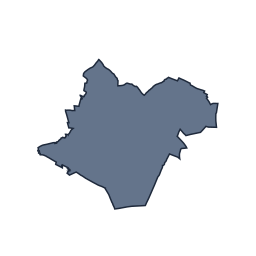 the district of Balcauti, Suceava, Romania, rotated 233°
{"feature_id": "2599482B55128910664602", "entity_name": "Balcauti", "entity_type": "district", "adm_level": 2, "iso_a3": "ROU", "parent_name": "Romania", "parent_adm1": "Suceava", "projection": "natural_earth1", "projection_center": [26.076, 47.898], "detail": "fine", "context": "isolated", "style": "filled", "palette": "slate", "viewbox_px": 256, "rotation_deg": 233, "n_neighbors": 0, "source": "geoboundaries", "source_scale": "gbopen_adm2", "svg_char_len": 5541}
<svg xmlns="http://www.w3.org/2000/svg" viewBox="0 0 256 256"><g transform="rotate(233 128 128)"><path d="M104.7,210.1L105.2,210.1L106.1,209.7L107.0,211.4L109.4,210.3L110.7,209.8L111.4,211.4L113.0,210.5L114.7,209.2L118.1,206.8L119.8,206.0L123.0,204.7L123.8,204.3L124.8,203.8L126.0,204.3L126.7,204.5L126.9,204.2L130.8,202.3L132.8,201.3L134.7,200.2L137.3,198.8L136.3,196.7L136.0,196.1L135.9,195.9L140.6,192.9L144.1,190.8L144.0,190.0L144.2,189.0L144.0,188.5L143.9,188.1L144.2,187.7L144.3,187.3L144.5,186.7L144.3,185.5L143.8,185.1L143.8,184.7L143.9,184.3L144.0,183.5L144.0,182.1L144.5,181.0L144.9,179.6L145.2,178.5L145.4,177.7L145.7,177.2L145.8,176.6L145.9,176.1L145.9,175.7L145.9,175.3L146.0,174.9L145.9,174.2L146.0,173.5L146.0,173.1L145.8,172.8L145.6,172.0L145.5,170.7L145.5,169.9L145.4,169.0L145.3,168.7L145.5,167.9L145.2,166.1L145.1,165.2L145.1,163.9L144.6,162.3L144.4,160.7L145.2,160.4L147.0,160.0L148.4,159.9L149.8,160.0L151.6,160.1L152.5,160.0L153.4,160.1L155.5,160.0L156.2,159.8L156.5,159.5L156.8,158.7L157.2,158.5L158.6,158.0L159.8,157.6L160.6,157.6L160.8,157.4L161.2,156.9L161.9,156.1L164.0,154.6L164.4,154.2L164.6,153.7L164.7,153.3L164.7,152.6L164.7,151.7L164.8,150.7L165.0,150.1L165.2,149.5L166.1,147.9L167.8,145.3L168.9,146.1L171.8,148.5L172.3,148.5L173.0,148.6L173.8,149.0L174.3,149.2L175.0,149.1L175.4,149.0L175.9,148.9L176.6,148.9L178.8,149.1L179.4,149.2L179.9,149.1L180.7,148.7L181.4,148.5L182.3,148.4L183.0,148.4L183.5,148.3L184.0,148.3L184.9,148.1L185.6,148.0L186.7,147.6L187.1,147.5L187.8,147.0L188.3,146.9L189.9,146.3L191.5,146.0L192.0,145.9L192.4,146.0L193.9,146.3L194.7,146.3L196.4,146.4L196.9,146.3L199.8,146.0L200.3,145.9L200.3,145.7L199.7,144.3L199.2,141.8L198.3,138.9L198.0,136.9L198.0,136.1L198.2,135.5L198.6,133.7L198.8,131.0L198.8,128.7L198.8,127.5L198.5,126.2L198.2,125.3L197.2,124.3L196.5,123.6L192.4,124.7L190.9,124.6L190.6,124.6L190.0,123.4L189.4,122.8L188.9,122.4L188.8,122.2L188.8,121.9L189.2,121.3L189.7,120.7L189.6,120.4L188.1,119.1L187.0,118.1L185.9,116.8L185.0,115.8L184.4,115.3L182.1,116.2L181.9,116.2L181.5,116.1L181.2,115.8L180.9,115.2L180.5,114.4L180.4,113.8L180.3,113.4L180.4,113.0L180.4,112.8L180.2,112.5L179.8,112.3L179.6,111.9L179.5,111.7L179.6,111.3L180.4,110.9L180.9,110.6L181.4,110.3L182.0,110.0L182.4,109.9L182.6,109.6L182.8,109.5L182.6,109.3L182.1,109.3L181.7,109.4L181.3,109.4L180.6,109.3L180.2,109.3L179.8,109.3L179.5,109.3L179.2,109.2L178.9,108.7L179.0,108.4L179.3,108.3L179.9,108.2L177.8,105.4L176.0,103.1L174.9,101.8L178.1,98.4L174.0,96.0L174.5,95.4L175.1,94.5L175.5,93.9L177.0,92.6L177.3,92.2L178.1,91.2L179.0,89.9L179.4,89.3L179.9,88.9L179.1,88.3L175.5,87.0L167.9,84.0L168.5,83.4L168.8,82.9L164.4,81.1L163.7,80.8L162.7,82.0L160.7,83.9L160.6,82.1L160.5,81.2L158.9,77.7L158.9,77.4L158.9,77.0L158.9,76.4L158.8,76.2L158.7,76.1L158.9,76.1L159.1,75.8L159.6,75.3L159.9,75.0L160.4,74.7L160.6,74.3L159.1,73.9L158.9,73.8L158.7,73.7L158.6,73.4L158.6,73.2L158.4,72.9L158.5,72.7L158.3,72.5L158.1,72.3L158.2,72.1L158.2,71.7L158.3,71.5L158.2,71.4L158.3,71.3L158.5,71.3L158.6,71.2L158.8,70.9L159.0,70.7L159.4,70.6L159.6,70.5L159.9,70.2L159.7,69.7L159.8,69.5L160.0,69.2L160.2,68.6L160.0,68.4L159.7,68.0L159.7,67.9L159.7,67.7L159.8,67.5L159.8,67.4L159.6,67.1L159.6,66.9L159.7,66.5L159.7,66.3L159.6,66.0L159.6,65.8L159.7,65.6L159.7,65.3L159.4,64.9L159.3,64.4L159.3,64.2L159.3,63.9L159.4,63.6L159.5,63.1L159.7,62.7L159.8,62.6L159.8,62.3L159.3,62.4L159.1,62.3L158.9,62.1L158.9,61.9L159.0,61.6L159.4,61.4L159.6,61.4L159.6,61.2L159.5,60.9L160.2,60.7L160.1,60.4L160.5,60.5L161.2,59.6L161.8,58.2L162.7,56.1L163.8,53.5L164.7,51.6L165.5,49.9L165.9,48.5L166.2,46.8L166.4,44.3L165.3,43.9L165.1,43.7L164.6,43.2L164.3,42.6L164.2,42.3L163.8,42.2L163.5,42.7L163.2,43.0L163.1,43.3L162.9,43.2L162.7,43.2L162.2,42.1L162.0,41.6L161.9,41.5L161.7,41.5L161.4,41.9L160.6,42.6L160.3,42.4L160.0,42.3L159.9,42.2L159.7,41.7L159.4,41.8L158.2,43.4L157.0,44.4L154.5,45.8L153.7,46.0L152.1,46.8L148.8,48.1L143.9,50.2L142.6,48.4L142.3,48.4L141.6,48.8L138.7,50.2L137.1,51.0L135.7,51.6L136.5,52.2L136.6,52.4L136.8,52.4L137.4,52.1L137.6,52.0L138.2,53.1L138.2,53.3L132.5,56.1L132.4,55.5L130.0,56.5L129.9,56.0L130.0,55.8L130.2,55.4L128.9,55.8L129.4,54.5L129.6,54.1L129.2,54.2L128.6,52.2L125.6,52.9L124.6,57.6L124.0,60.1L122.2,60.8L118.2,62.1L117.4,62.6L116.5,62.9L114.7,63.5L113.2,64.0L105.6,67.4L102.2,69.0L100.8,69.6L98.7,70.8L98.1,71.3L97.4,71.6L96.9,72.1L96.5,72.2L94.3,73.3L93.6,73.7L93.4,73.3L90.1,73.0L86.5,72.6L85.3,72.3L82.8,71.6L78.2,70.4L77.1,70.3L75.7,69.8L72.7,69.2L71.3,68.7L69.3,72.3L65.5,79.9L63.1,84.1L58.7,90.6L55.7,95.1L55.9,95.6L57.1,97.7L59.3,102.0L62.1,107.0L64.1,110.5L66.4,114.6L70.9,122.2L71.2,123.1L71.3,123.3L71.3,123.7L71.4,124.0L71.7,124.8L72.8,126.6L74.5,129.3L75.3,130.8L75.6,131.4L75.9,131.8L76.3,132.3L77.3,133.0L76.9,133.7L76.9,134.0L76.9,134.4L77.3,135.5L78.1,136.2L78.3,136.5L78.4,136.9L78.4,137.5L78.5,138.0L79.0,139.1L79.2,139.3L79.5,139.8L79.9,140.4L80.2,141.2L80.7,142.2L81.4,143.6L82.1,145.2L82.3,145.5L74.8,150.2L72.3,150.8L72.7,151.0L74.2,151.9L76.1,153.3L76.8,154.0L78.4,156.2L79.3,157.2L79.4,158.5L78.1,160.5L76.7,162.9L78.2,163.2L80.5,163.3L82.4,163.3L84.6,163.1L87.4,162.8L91.8,162.3L91.9,162.6L93.4,165.0L94.1,165.9L95.2,168.1L95.6,168.9L92.6,169.1L90.4,169.2L89.2,169.4L88.4,169.6L87.1,169.7L85.2,174.2L80.9,183.3L81.5,186.8L82.4,191.2L81.3,192.0L80.0,193.1L79.2,194.2L75.3,199.1L80.8,202.4L83.7,204.5L86.7,206.9L86.9,207.7L93.5,214.5L96.2,211.1L96.7,210.0L97.0,208.0L100.2,208.5L102.8,208.6L104.3,208.6L104.5,208.6L104.7,210.1Z" fill="#64748b" stroke="#1e293b" stroke-width="1.5"/></g></svg>